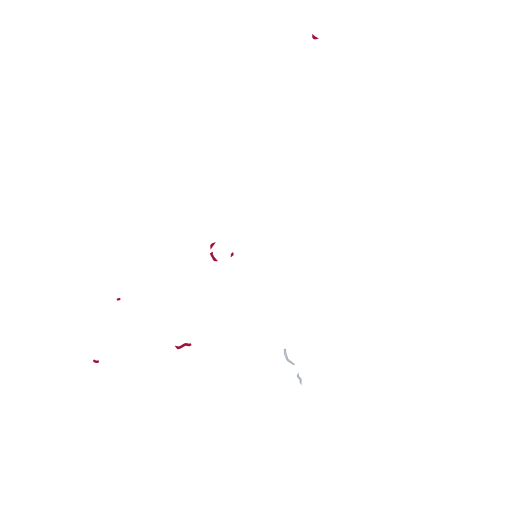 Railik Chain on a map of Marshall Islands (Robinson projection), rotated 48°
{"feature_id": "MHL-4968", "entity_name": "Railik Chain", "entity_type": "state/province", "adm_level": 1, "iso_a3": "MHL", "parent_name": "Marshall Islands", "parent_adm1": "", "projection": "robinson", "projection_center": [168.279, 8.142], "detail": "fine", "context": "in_parent", "style": "outline", "palette": "rose", "viewbox_px": 512, "rotation_deg": 48, "n_neighbors": 0, "source": "natural_earth", "source_scale": "10m", "svg_char_len": 1759}
<svg xmlns="http://www.w3.org/2000/svg" viewBox="0 0 512 512"><g transform="rotate(48 256 256)"><path d="M347.7,298.5L354.1,301.4L362.6,300.0L361.2,300.9L358.0,301.7L355.9,302.5L354.5,302.5L352.8,302.2L347.4,300.1L344.4,297.4L345.1,296.5L347.7,298.5ZM273.2,374.0L272.2,375.7L270.9,375.6L272.0,374.3L272.8,372.5L274.0,367.3L276.5,365.5L278.2,363.4L277.8,365.6L275.1,367.9L273.2,374.0ZM371.9,303.6L373.8,304.9L377.6,304.8L381.1,308.0L379.7,307.8L377.8,306.4L376.1,305.9L373.8,306.0L372.7,305.5L371.9,303.6ZM232.2,288.6L231.4,289.5L226.5,289.0L224.3,287.8L224.5,287.0L228.4,287.8L232.2,288.6ZM133.7,66.6L132.4,67.0L131.4,66.6L132.1,65.8L133.6,65.7L134.2,65.9L133.7,66.6Z" fill="#d9dde1" stroke="#a8b0b8" stroke-width="1"/><path d="M270.9,375.7L271.9,375.0L272.3,374.7L272.6,374.2L272.9,373.4L273.3,371.7L273.7,369.0L274.2,367.5L275.2,366.4L276.5,365.6L277.4,364.6L278.2,363.4L277.6,365.5L274.7,367.7L274.1,370.0L273.8,371.7L273.2,374.1L272.2,375.8L270.9,375.7ZM228.5,288.7L232.2,288.7L231.4,289.5L230.2,289.5L227.9,288.9L225.3,288.3L224.3,287.9L224.5,287.1L225.2,287.9L226.4,288.2L227.5,288.6L228.5,288.7ZM134.4,65.5L133.9,66.5L132.9,67.1L131.8,67.1L130.9,66.3L132.8,66.1L134.4,65.5ZM219.3,283.1L218.6,282.6L218.2,281.6L218.1,280.5L218.5,279.6L218.7,280.4L219.1,282.3L219.3,283.1ZM224.8,446.5L227.4,445.6L227.8,445.1L229.0,443.3L228.6,444.8L227.7,445.8L226.4,446.5L224.8,446.5ZM239.0,273.2L239.1,272.9L239.2,272.7L238.9,272.3L238.3,272.0L237.7,272.0L238.0,271.9L238.3,271.8L238.7,271.9L239.0,272.1L239.2,272.6L239.3,272.7L239.2,273.0L239.2,273.4L239.0,273.2ZM195.1,387.3L195.4,387.4L195.8,387.5L196.1,387.4L196.3,386.9L196.4,386.5L196.4,386.0L196.3,385.5L196.6,386.2L196.4,387.2L195.8,387.8L195.1,387.3Z" fill="none" stroke="#9f1239" stroke-width="2"/></g></svg>